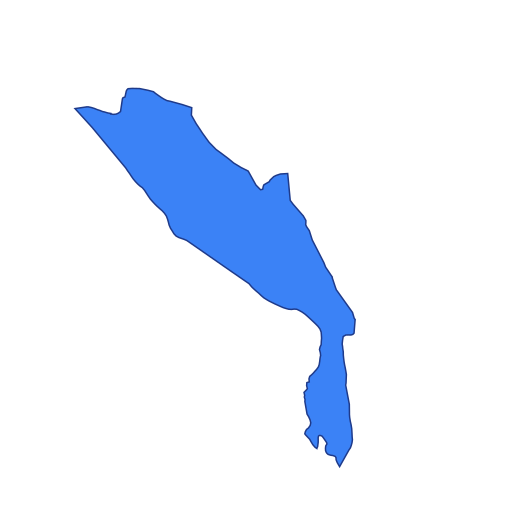 Suwayr, Hajjah, Yemen, rotated 327°
{"feature_id": "15242507B55132122842526", "entity_name": "Suwayr", "entity_type": "district", "adm_level": 2, "iso_a3": "YEM", "parent_name": "Yemen", "parent_adm1": "Hajjah", "projection": "equal_earth", "projection_center": [43.606, 16.062], "detail": "fine", "context": "isolated", "style": "filled", "palette": "blue", "viewbox_px": 512, "rotation_deg": 327, "n_neighbors": 0, "source": "geoboundaries", "source_scale": "gbopen_adm2", "svg_char_len": 3676}
<svg xmlns="http://www.w3.org/2000/svg" viewBox="0 0 512 512"><g transform="rotate(327 256 256)"><path d="M200.1,431.7L200.1,432.6L200.6,435.6L201.2,438.8L201.0,442.1L200.9,445.2L201.3,448.2L201.4,448.7L202.2,450.6L202.6,450.2L202.9,450.0L203.8,449.5L206.7,446.1L208.0,444.1L209.2,442.2L210.3,441.1L211.2,441.0L211.8,441.2L212.5,441.9L213.3,443.1L213.5,445.3L213.6,449.2L213.6,451.0L213.1,452.3L212.2,452.7L211.3,453.1L210.4,454.0L209.4,455.3L208.9,456.2L208.4,457.0L208.0,458.6L208.0,460.1L208.4,461.6L209.4,462.9L210.4,464.0L211.8,465.2L213.2,467.1L213.3,468.0L213.2,468.9L212.5,469.9L212.0,471.3L211.6,473.7L211.4,478.2L228.3,469.3L230.7,468.3L232.8,466.7L234.8,464.9L236.8,462.6L238.1,460.1L240.1,456.7L242.2,453.0L243.8,449.4L245.1,445.9L246.6,442.5L248.0,439.9L249.6,437.4L251.3,434.7L253.5,431.2L260.9,413.1L262.3,411.6L267.2,404.7L268.5,401.8L269.8,398.7L271.0,395.6L272.2,392.8L273.7,389.7L275.3,386.6L277.0,383.9L278.3,381.0L279.4,378.9L280.3,376.8L282.9,373.6L285.3,371.0L288.3,371.2L290.6,372.6L292.7,374.0L294.5,374.5L296.2,374.1L304.6,363.2L304.4,361.9L306.2,355.9L305.0,329.0L304.9,328.4L305.5,325.6L308.1,315.7L308.5,315.3L308.3,303.3L309.3,298.5L311.9,273.2L314.5,263.8L314.4,260.1L314.4,258.9L314.7,256.9L316.3,254.7L317.2,253.3L317.2,253.2L317.5,248.0L317.3,246.9L315.3,232.7L315.0,228.0L327.5,204.1L321.1,200.5L316.8,199.4L314.1,199.1L309.2,200.0L307.6,200.9L301.4,200.6L300.2,201.4L297.9,203.7L295.9,202.9L294.6,196.5L295.7,180.5L291.7,173.7L287.9,165.8L286.0,159.7L283.8,153.6L280.5,144.8L278.6,135.3L278.5,133.8L278.0,123.7L278.0,122.5L278.0,119.5L277.9,112.4L278.5,102.7L282.9,96.6L276.7,88.9L272.6,84.3L270.0,81.4L268.5,79.7L265.9,77.1L264.1,74.0L262.8,71.2L261.5,68.0L260.2,64.7L259.5,62.4L255.7,58.2L249.6,52.2L243.4,48.0L242.7,47.6L241.8,47.1L241.0,46.7L240.4,46.3L239.6,46.0L238.8,46.2L238.1,46.4L237.6,46.7L236.9,47.1L236.3,47.8L235.4,48.6L234.7,49.3L234.2,49.9L233.6,50.4L233.0,51.0L232.7,51.3L230.7,50.8L229.6,51.4L221.2,60.9L220.8,61.1L220.0,61.1L219.3,61.2L218.7,61.2L218.0,61.2L217.1,61.0L216.3,60.9L215.5,60.6L214.8,60.2L213.9,59.8L213.0,59.1L212.2,58.4L211.5,57.8L211.9,57.4L209.6,55.3L207.4,52.7L206.0,51.3L204.4,49.0L202.6,46.8L200.8,44.2L198.8,41.8L197.2,40.2L196.6,39.6L195.4,38.8L184.5,33.8L188.6,59.0L194.7,111.2L194.7,114.4L194.9,118.0L194.9,121.2L195.0,124.4L195.4,127.9L196.0,131.1L196.8,134.1L197.9,136.8L198.3,140.2L198.3,143.3L198.3,147.0L198.4,150.8L198.9,154.1L199.5,157.5L200.2,160.7L200.4,161.3L201.1,164.0L202.0,167.1L202.5,170.2L202.6,173.6L201.9,176.9L201.0,179.8L200.0,182.7L199.4,186.2L199.4,189.4L199.3,192.7L199.6,194.2L199.7,195.0L199.9,195.8L201.3,198.4L203.0,200.6L204.8,202.9L206.4,205.3L227.5,257.0L233.1,270.6L235.1,275.4L235.5,279.0L235.7,280.2L236.2,282.3L237.0,285.3L238.0,288.5L238.8,292.0L239.8,295.4L241.1,298.2L242.5,301.0L243.8,303.2L244.1,303.7L245.7,306.4L247.5,309.2L249.1,311.7L250.7,314.1L252.5,316.3L254.4,318.4L256.6,320.1L259.1,321.3L261.2,322.9L262.7,325.4L264.2,328.3L265.5,331.6L266.4,334.8L267.2,337.9L268.1,341.6L269.0,345.3L269.7,348.7L269.8,350.3L269.9,352.0L269.2,355.3L267.8,357.9L266.2,360.7L264.1,363.4L262.4,365.8L260.2,367.2L258.3,369.0L257.3,372.1L256.0,374.7L255.2,375.4L253.9,376.8L252.1,379.0L250.3,381.0L250.1,381.3L247.9,383.0L245.1,384.1L242.7,384.7L240.4,385.4L238.0,385.9L235.5,386.2L233.5,387.9L232.1,390.6L230.2,390.0L229.7,389.9L227.9,392.2L226.8,395.3L224.4,396.0L222.6,396.4L222.0,396.5L220.9,399.4L220.8,399.6L219.8,400.5L219.7,400.6L219.0,403.0L217.7,404.7L212.7,416.4L212.6,419.5L212.1,422.8L211.8,423.7L211.5,424.5L211.1,425.7L210.2,426.6L209.2,427.6L206.3,428.8L203.9,429.0L201.7,430.2L200.1,431.7Z" fill="#3b82f6" stroke="#1e3a8a" stroke-width="1.5"/></g></svg>